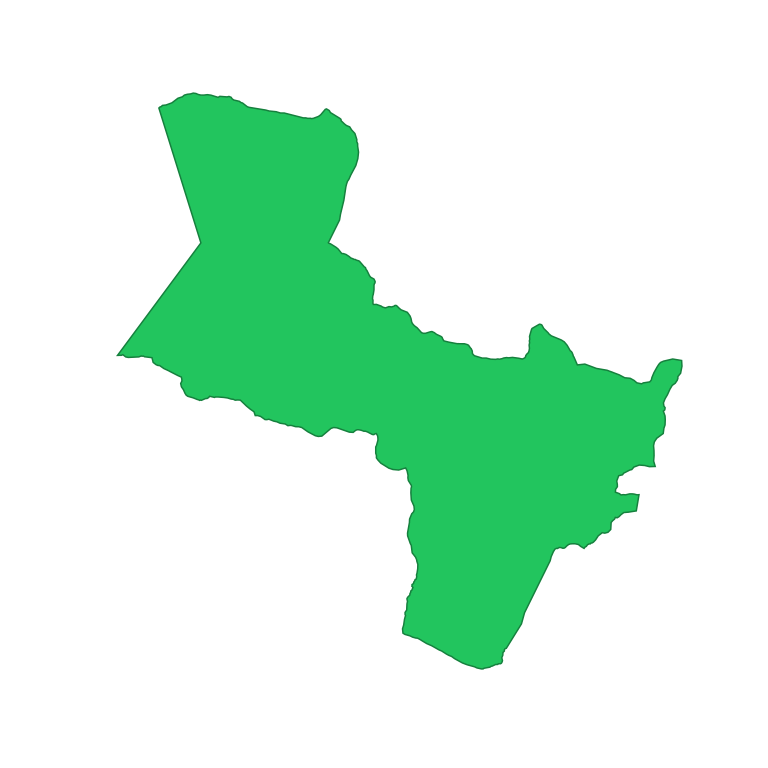 outline of Molinos, Salta, Argentina, rotated 104°
{"feature_id": "61730980B63550758975873", "entity_name": "Molinos", "entity_type": "district", "adm_level": 2, "iso_a3": "ARG", "parent_name": "Argentina", "parent_adm1": "Salta", "projection": "albers", "projection_center": [-66.4, -25.575], "detail": "fine", "context": "isolated", "style": "filled", "palette": "green", "viewbox_px": 768, "rotation_deg": 104, "n_neighbors": 0, "source": "geoboundaries", "source_scale": "gbopen_adm2", "svg_char_len": 6157}
<svg xmlns="http://www.w3.org/2000/svg" viewBox="0 0 768 768"><g transform="rotate(104 384 384)"><path d="M627.2,203.2L626.4,202.5L625.3,202.2L623.8,202.1L621.1,203.5L618.5,203.1L615.7,203.6L614.0,202.6L612.7,202.9L611.4,202.4L610.9,201.4L583.5,192.6L571.9,192.3L515.3,180.0L511.1,180.0L505.8,179.1L502.9,178.2L501.8,177.0L501.6,175.8L500.3,174.6L499.9,172.9L500.1,170.7L499.6,169.4L498.7,168.5L497.2,167.7L495.0,166.0L494.0,164.3L493.3,162.0L492.8,159.9L492.7,156.5L494.0,153.8L495.1,150.1L493.6,149.5L492.6,148.4L490.8,147.7L489.6,146.4L489.2,145.1L488.3,144.7L487.8,143.5L486.7,142.5L484.1,141.0L479.5,139.4L475.5,136.3L475.3,133.7L473.7,130.8L470.3,128.8L463.4,130.1L461.2,129.0L459.3,127.6L457.5,127.3L457.4,125.4L455.9,123.9L453.4,122.4L450.7,120.2L449.2,115.8L446.1,108.5L429.7,109.8L430.3,111.6L430.3,114.8L430.6,116.8L431.2,119.1L433.1,122.8L433.5,125.2L434.3,127.1L433.4,129.2L433.0,133.3L430.1,133.8L427.2,132.7L425.0,133.3L421.8,134.7L416.2,134.1L414.4,130.6L412.6,129.9L408.1,124.8L407.1,122.9L404.1,121.4L400.9,116.7L400.0,111.3L400.0,106.5L398.4,100.9L393.6,103.7L388.3,104.6L383.4,105.9L378.7,107.5L374.8,107.7L370.6,106.2L364.5,101.1L359.2,101.7L355.8,101.4L350.5,102.5L347.0,103.6L342.7,106.4L341.2,105.3L339.0,105.5L337.6,107.1L334.7,108.3L330.3,107.7L325.9,106.4L319.9,105.3L315.6,104.0L312.8,101.6L309.5,100.4L307.4,100.2L305.8,100.7L301.8,98.8L294.6,99.2L289.2,100.9L289.9,109.9L294.2,118.3L296.2,120.9L298.4,122.1L301.7,123.2L307.6,124.8L312.8,125.6L315.6,125.6L317.7,126.7L320.2,132.7L321.5,134.1L321.7,138.9L320.0,142.3L318.9,146.5L319.7,151.9L318.2,158.1L316.7,170.9L317.5,181.6L316.1,193.9L318.7,201.0L311.8,206.3L311.0,207.2L310.2,207.5L307.9,209.2L307.1,210.2L306.7,211.3L302.1,215.7L299.5,219.3L298.4,222.6L296.8,233.3L295.5,236.1L294.7,237.0L291.5,242.4L288.6,245.1L288.3,246.0L288.3,247.3L288.5,247.8L294.3,253.8L295.7,254.1L302.6,254.3L305.3,253.4L307.0,253.4L308.7,252.7L311.1,252.6L314.2,251.5L316.5,251.3L318.6,251.5L320.7,252.8L322.2,253.3L323.6,253.3L324.7,253.8L326.3,255.8L326.4,259.4L327.1,265.7L328.5,269.6L328.7,271.5L329.9,274.3L330.8,275.5L332.1,278.2L332.1,279.5L333.1,281.7L334.1,286.5L334.1,291.0L335.1,295.0L334.7,303.0L334.1,304.2L333.0,305.6L330.7,306.3L328.7,307.9L328.0,309.0L325.9,311.4L325.6,312.8L325.5,315.6L327.2,322.8L327.7,331.3L327.7,336.2L326.5,337.6L324.6,339.0L324.0,340.4L323.1,345.1L322.0,347.6L321.5,350.2L322.1,351.6L324.8,356.1L325.3,358.2L325.1,360.0L321.4,365.5L320.1,368.7L318.5,371.0L317.2,372.1L314.0,373.6L311.8,375.1L308.8,378.7L307.9,385.3L306.9,387.4L304.9,390.8L304.9,391.7L305.3,392.6L306.0,393.0L307.4,395.3L307.7,397.9L309.8,401.0L309.7,404.0L309.1,405.5L308.6,410.5L309.4,413.5L308.6,414.2L305.2,415.0L304.3,415.7L301.3,416.2L299.5,416.1L295.1,416.5L290.6,417.6L289.1,417.6L288.1,417.2L286.7,417.4L284.6,419.1L283.6,422.8L282.4,424.3L278.0,428.0L277.2,429.1L275.5,430.2L275.1,431.5L270.9,437.4L270.6,438.2L270.5,440.6L270.1,442.2L270.4,443.4L270.1,443.9L269.7,446.8L268.8,448.5L267.5,452.2L267.3,454.9L267.6,456.6L264.1,461.2L263.0,463.5L261.0,469.6L260.7,471.9L260.4,472.2L235.7,466.8L229.6,467.3L215.5,467.4L201.9,468.7L199.0,468.7L196.2,468.5L193.9,467.6L189.3,466.8L178.9,464.2L171.7,463.9L165.2,464.8L159.6,467.1L157.2,467.7L155.4,469.1L153.4,469.5L148.0,472.8L145.3,476.9L142.8,479.5L142.3,482.9L141.3,485.2L139.0,489.2L137.6,489.8L136.9,491.2L133.6,501.6L131.9,503.3L131.0,506.3L131.7,507.4L138.2,510.6L140.3,512.4L143.3,516.8L144.0,518.5L144.0,519.7L144.7,522.3L144.7,524.2L145.3,526.6L145.2,546.4L146.1,550.0L145.9,554.6L146.9,561.5L146.8,565.0L148.2,582.0L148.0,583.8L145.6,589.2L145.5,590.9L144.7,592.7L144.8,598.5L144.0,600.4L142.8,601.7L142.5,604.0L143.4,605.7L144.6,612.9L146.0,614.3L145.6,621.8L146.0,625.4L147.3,628.8L148.0,631.9L148.0,634.5L147.6,636.8L147.9,639.5L149.3,641.8L150.5,645.0L152.0,647.6L154.1,649.1L156.6,653.1L162.5,657.8L166.0,663.0L167.3,666.4L168.9,667.4L169.3,668.3L170.7,669.2L291.4,595.8L420.7,649.5L419.6,645.5L418.7,644.5L420.2,641.2L420.1,638.6L417.0,628.4L415.5,626.3L415.6,625.7L415.1,624.0L415.5,623.1L414.6,615.5L418.9,613.2L420.4,609.8L420.7,607.9L420.4,606.1L422.3,601.2L422.9,597.9L425.7,585.9L426.3,582.3L428.1,581.4L430.0,580.8L432.7,581.4L435.7,579.9L438.1,577.2L441.2,574.8L442.7,573.2L443.4,571.4L443.6,565.8L444.2,561.5L444.2,560.2L444.5,558.9L444.0,558.4L444.0,557.2L441.4,553.8L440.8,552.1L439.6,550.9L438.1,550.2L438.0,545.1L437.4,544.5L436.7,541.6L435.8,536.2L435.4,532.5L435.6,528.7L435.3,526.5L435.7,524.5L434.9,522.2L434.4,519.5L438.6,512.2L440.7,507.8L442.4,503.4L445.8,501.3L445.2,499.1L445.3,495.9L447.3,490.8L446.9,489.0L446.0,487.2L446.7,482.1L446.6,478.7L447.2,475.4L446.7,470.1L447.7,467.2L446.8,464.9L446.6,463.4L446.8,459.5L446.1,456.4L446.1,453.3L448.8,446.3L450.8,438.2L450.8,435.1L449.6,431.7L439.9,424.7L438.4,422.3L437.9,419.0L439.1,406.1L438.4,402.2L436.2,400.6L435.0,399.3L434.5,397.4L434.4,394.9L434.7,391.9L434.3,390.9L434.5,388.5L435.8,383.1L435.6,381.6L434.8,381.0L433.9,379.5L435.8,377.7L437.7,376.9L439.9,376.3L445.4,376.4L447.1,376.8L453.1,375.3L455.3,374.0L457.5,373.5L459.3,371.4L461.6,367.9L464.5,358.9L464.8,354.6L463.9,348.9L460.2,342.7L462.5,340.7L466.7,338.6L469.3,338.1L471.8,337.0L475.7,333.0L477.1,332.4L478.6,332.5L483.1,331.6L490.0,329.4L495.2,325.4L498.5,324.2L500.9,324.4L503.3,325.7L508.9,326.5L512.4,325.8L523.0,325.1L525.7,324.3L532.4,319.9L534.0,318.5L541.0,315.8L544.4,311.5L546.5,309.9L548.1,309.2L550.9,307.5L555.1,306.6L559.6,306.2L561.4,306.3L562.8,305.7L565.4,305.5L566.2,306.5L567.6,306.6L569.0,307.2L570.5,307.1L571.8,308.3L572.6,308.0L573.4,308.1L574.3,306.7L577.3,307.1L578.3,307.9L579.9,307.7L580.8,308.1L582.6,307.9L585.3,309.5L586.9,309.8L589.3,308.6L591.8,308.5L597.8,307.3L600.5,308.3L602.5,307.8L603.4,307.1L607.2,307.2L613.1,306.6L617.1,306.8L621.2,305.3L621.9,303.1L622.1,297.7L622.7,295.1L622.8,291.6L622.5,290.1L622.9,288.3L625.5,279.9L626.4,274.5L628.7,266.2L629.1,263.5L630.9,258.2L631.6,255.5L632.0,252.5L633.4,249.1L635.7,240.4L636.3,235.4L636.5,227.7L637.0,225.2L636.9,220.5L636.4,218.8L635.6,218.2L633.1,212.7L632.0,211.8L631.5,210.7L629.2,207.9L628.6,205.8L627.8,205.4L627.2,203.2Z" fill="#22c55e" stroke="#15803d" stroke-width="1.5"/></g></svg>